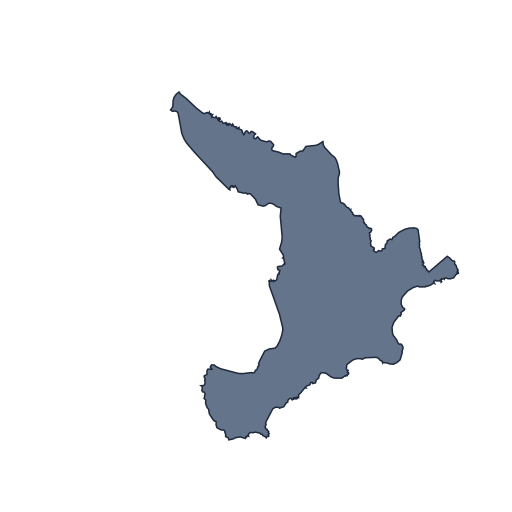 outline of Sumba Barat, Nusa Tenggara Timur, Indonesia, rotated 318°
{"feature_id": "22746128B3578697728098", "entity_name": "Sumba Barat", "entity_type": "district", "adm_level": 2, "iso_a3": "IDN", "parent_name": "Indonesia", "parent_adm1": "Nusa Tenggara Timur", "projection": "robinson", "projection_center": [119.366, -9.585], "detail": "fine", "context": "isolated", "style": "filled", "palette": "slate", "viewbox_px": 512, "rotation_deg": 318, "n_neighbors": 0, "source": "geoboundaries", "source_scale": "gbopen_adm2", "svg_char_len": 6158}
<svg xmlns="http://www.w3.org/2000/svg" viewBox="0 0 512 512"><g transform="rotate(318 256 256)"><path d="M399.9,393.1L399.9,392.3L398.7,390.9L398.6,387.0L397.9,384.2L373.9,383.6L374.2,383.1L373.4,381.3L373.4,380.4L374.0,380.3L374.1,377.9L374.6,377.3L373.8,376.8L374.4,376.3L373.7,374.2L376.1,373.4L375.6,371.6L376.7,371.8L377.7,368.6L378.6,367.9L379.3,366.2L380.6,364.8L381.0,363.0L382.1,361.8L383.3,358.8L385.5,356.6L386.1,355.3L387.3,354.9L394.0,344.9L393.8,342.9L392.1,340.7L388.5,337.8L384.4,335.7L377.8,334.0L371.9,334.3L370.4,333.7L368.1,334.8L367.0,333.1L363.5,332.6L362.1,334.0L359.8,334.1L356.8,336.7L354.8,335.2L353.0,336.3L351.8,335.7L350.9,334.1L347.8,333.8L346.8,330.8L347.2,330.2L348.4,330.2L349.2,329.1L348.1,325.4L349.2,324.2L349.4,323.1L351.8,321.7L351.9,320.1L353.3,318.6L353.5,317.4L354.7,316.8L355.5,314.8L357.2,315.0L359.3,314.2L360.0,313.2L359.7,312.0L358.5,311.2L358.7,310.4L358.0,308.9L358.7,306.7L358.3,304.4L358.8,304.1L358.5,303.2L360.3,300.8L360.8,296.5L359.7,294.9L359.2,295.3L357.5,292.9L356.4,292.7L355.9,289.6L356.7,288.6L356.5,286.2L357.3,285.2L356.8,285.3L357.0,282.4L356.1,280.4L356.4,276.4L355.7,275.3L356.0,274.9L354.8,273.3L354.9,272.5L359.0,265.5L365.3,257.4L369.3,252.9L372.9,250.8L374.4,249.2L378.4,242.0L379.8,238.7L380.5,235.4L379.8,231.4L379.7,220.8L380.5,218.3L382.3,215.7L376.9,214.8L374.5,213.8L366.5,208.0L361.0,209.2L359.1,207.7L354.8,206.7L354.0,206.9L352.7,208.6L351.3,208.9L349.4,204.4L349.5,202.8L344.3,198.1L342.7,194.5L338.6,188.4L339.7,186.5L342.6,185.9L343.6,185.0L343.6,180.5L342.4,179.0L340.2,178.3L337.0,173.1L337.0,168.5L334.4,168.6L333.3,167.5L333.7,166.3L335.3,165.0L337.4,164.9L336.5,160.9L335.5,160.1L334.6,160.7L332.9,160.2L333.1,157.5L332.7,156.6L331.4,156.5L328.1,157.7L328.6,154.7L329.3,154.4L329.6,152.4L328.3,150.3L329.4,149.1L326.9,148.6L326.9,148.0L327.9,147.1L326.3,145.1L326.9,142.4L325.2,143.1L325.3,141.2L324.7,139.5L324.0,139.5L323.2,140.5L322.9,140.2L323.1,138.6L322.0,138.9L322.0,137.8L323.0,136.9L320.3,135.5L320.8,133.3L320.4,132.4L319.1,132.0L319.0,130.5L320.1,130.2L320.7,129.3L321.1,130.1L321.5,129.4L320.5,128.2L319.0,128.9L319.7,125.6L318.1,125.9L316.9,124.0L316.0,123.5L316.3,122.6L318.3,121.9L316.9,121.0L316.8,120.2L317.7,120.0L316.9,118.6L317.5,117.8L316.1,118.1L315.8,116.7L312.7,115.5L311.9,113.5L310.6,105.7L309.5,92.2L308.1,84.7L308.7,83.0L308.4,82.6L305.0,82.4L301.1,83.3L298.2,85.2L294.2,89.3L290.2,90.3L290.7,92.5L293.1,94.3L293.9,96.2L293.7,97.7L282.8,115.4L280.7,121.5L280.0,125.9L279.7,137.6L280.1,164.4L279.3,170.4L280.5,188.7L280.9,189.4L282.0,187.9L283.3,188.0L283.7,187.2L284.7,187.2L285.7,188.2L284.8,188.8L285.4,190.2L287.5,189.8L286.8,193.9L285.7,196.4L288.8,200.9L291.0,202.8L290.9,204.2L292.7,205.1L293.4,206.1L293.6,213.3L291.8,219.3L294.7,223.8L296.6,224.8L300.7,225.2L302.6,227.1L303.8,229.4L304.3,232.6L306.7,237.2L300.7,242.6L288.1,259.5L284.5,262.7L278.1,266.6L276.9,273.6L276.0,275.0L274.5,275.4L275.1,276.0L272.6,280.3L272.7,280.8L271.9,281.3L271.7,280.7L268.5,280.9L265.5,278.6L264.4,278.6L263.1,280.8L264.1,282.8L261.7,283.9L261.8,284.5L261.1,284.9L259.9,284.2L255.6,287.4L253.9,287.5L253.1,286.6L252.0,286.6L252.6,285.8L251.7,285.6L251.3,283.9L250.8,284.9L250.2,284.9L249.5,283.1L248.8,283.2L247.9,284.9L246.1,286.9L234.4,315.1L227.9,327.1L226.4,328.9L222.6,331.8L216.7,335.1L211.5,337.0L208.7,337.3L203.6,333.9L198.8,332.5L188.3,336.5L185.7,337.8L184.9,339.5L183.5,339.4L180.8,341.0L178.9,340.5L177.3,341.6L175.6,340.9L174.5,339.5L167.4,334.5L164.2,331.3L154.2,316.0L152.3,311.3L152.1,309.2L150.2,307.2L147.8,307.8L147.5,308.7L147.8,309.7L147.3,310.7L144.7,307.9L142.9,308.4L140.2,311.2L137.4,310.4L136.5,311.2L136.1,313.3L134.7,313.9L133.7,315.9L131.5,317.3L130.3,317.1L128.4,315.6L128.6,316.8L128.1,317.9L125.8,319.6L125.4,321.2L126.5,322.7L126.0,324.3L122.1,327.1L122.3,329.4L119.8,331.9L118.2,336.1L118.3,338.0L115.7,342.1L114.6,348.5L114.6,350.9L115.5,351.8L115.3,352.8L113.5,354.5L112.1,357.4L113.4,361.4L115.6,364.0L115.7,365.1L114.6,366.6L114.5,367.7L112.6,369.9L113.7,372.5L112.8,374.5L116.5,376.6L119.7,377.6L123.2,379.9L126.1,384.5L127.6,383.7L127.9,384.3L129.3,383.7L129.9,385.0L130.4,384.0L131.4,383.4L132.9,383.2L134.3,383.8L135.4,385.3L137.5,386.3L140.3,390.1L140.4,391.8L141.4,392.7L140.8,394.1L141.9,395.9L141.9,398.0L143.4,397.4L144.5,398.5L145.3,398.1L145.6,396.9L147.0,396.8L147.0,395.3L148.0,394.8L147.8,392.7L148.3,392.3L147.5,390.6L148.4,389.7L148.3,389.1L150.9,387.9L151.0,387.0L152.7,385.8L166.2,380.8L169.3,381.4L171.6,383.7L171.6,384.8L175.9,386.6L180.0,385.4L181.9,385.8L183.3,384.5L185.5,384.4L186.8,385.2L186.6,387.1L188.0,387.0L187.7,388.1L188.7,386.7L189.6,386.8L190.0,387.2L189.4,387.8L189.9,388.8L191.4,388.2L191.8,388.4L191.4,389.2L192.7,388.7L192.9,389.7L195.1,387.5L197.3,387.7L204.2,386.6L204.9,387.6L205.1,386.6L206.4,386.4L209.8,387.8L212.2,386.7L213.3,387.8L212.8,388.7L215.3,390.1L217.9,388.4L220.7,388.8L222.9,387.2L225.7,386.3L227.8,387.7L229.6,390.2L230.8,395.9L232.5,399.2L238.2,404.3L241.7,404.5L242.2,405.3L243.3,405.1L243.7,405.9L244.9,405.3L245.7,405.7L246.7,404.8L246.1,403.4L247.9,402.8L247.3,401.1L247.8,400.2L250.2,397.9L251.4,397.5L258.5,398.1L262.0,399.6L265.0,402.2L265.7,403.7L269.3,404.9L277.7,411.9L278.5,414.1L278.5,416.7L279.3,418.5L278.6,420.2L279.0,420.0L280.9,422.2L282.4,423.9L282.9,425.4L285.7,428.4L289.5,429.5L293.4,429.6L294.7,429.0L300.5,425.3L300.8,424.4L302.7,423.6L304.3,422.1L304.9,419.9L304.8,418.4L303.5,417.5L303.3,415.9L304.5,412.1L304.9,406.8L305.8,404.7L309.4,400.0L314.1,397.5L322.0,396.0L323.1,397.2L323.5,396.7L324.8,396.7L325.7,395.0L330.0,395.4L331.1,394.9L330.7,392.2L331.6,389.0L334.2,386.2L337.0,384.4L345.1,383.4L351.6,384.6L355.9,386.5L356.8,388.4L361.4,392.4L362.1,392.1L363.2,393.2L366.6,394.5L369.7,394.9L370.3,396.0L370.7,394.0L373.0,393.8L373.2,395.1L376.4,397.9L376.6,398.7L376.1,399.3L376.9,399.3L377.3,397.1L378.5,397.1L378.7,397.8L380.3,398.2L380.4,399.3L381.3,398.8L382.4,399.2L383.6,401.5L385.2,403.0L388.3,404.5L391.8,403.6L393.1,403.9L393.8,403.2L394.8,404.3L395.3,403.5L395.1,402.3L395.9,401.7L396.3,402.1L396.9,401.3L397.3,398.9L398.4,396.9L398.2,395.0L399.9,393.1Z" fill="#64748b" stroke="#1e293b" stroke-width="1.5"/></g></svg>